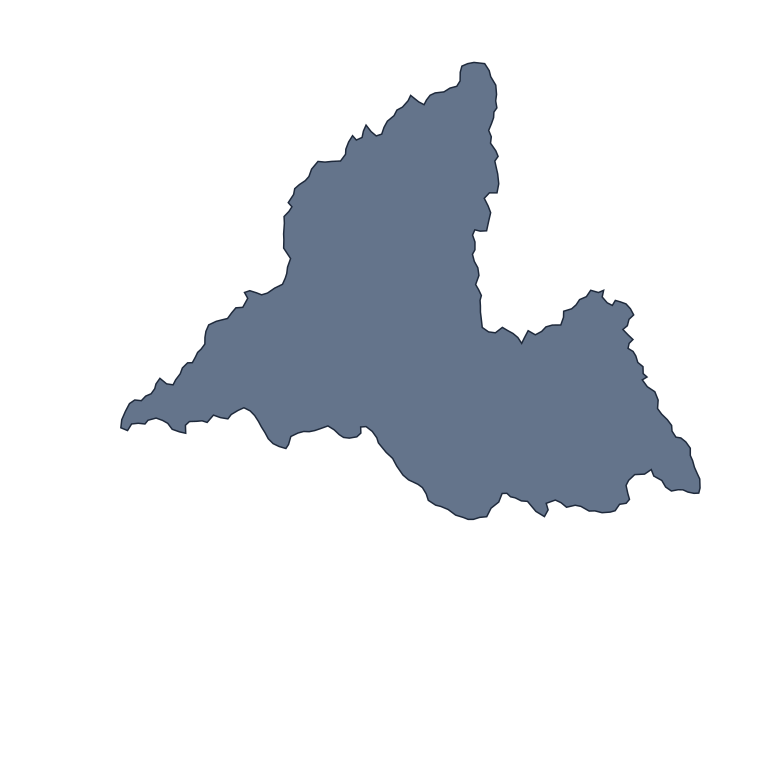 Quitandinha, Paraná, Brazil (Mercator projection), rotated 332°
{"feature_id": "56859067B47422460972833", "entity_name": "Quitandinha", "entity_type": "district", "adm_level": 2, "iso_a3": "BRA", "parent_name": "Brazil", "parent_adm1": "Paraná", "projection": "mercator", "projection_center": [-49.482, -25.922], "detail": "fine", "context": "isolated", "style": "filled", "palette": "slate", "viewbox_px": 768, "rotation_deg": 332, "n_neighbors": 0, "source": "geoboundaries", "source_scale": "gbopen_adm2", "svg_char_len": 3867}
<svg xmlns="http://www.w3.org/2000/svg" viewBox="0 0 768 768"><g transform="rotate(332 384 384)"><path d="M636.9,433.3L635.3,426.9L631.3,422.5L627.5,418.8L622.5,421.8L619.2,417.1L617.5,409.6L621.9,404.4L616.3,403.9L610.5,398.3L603.7,401.9L596.3,401.3L590.8,404.3L585.0,405.7L576.8,404.1L573.8,409.4L567.8,414.9L560.3,411.0L553.8,409.6L547.9,411.6L540.7,411.6L536.3,404.6L529.7,409.1L524.6,412.8L524.0,405.8L521.6,399.9L518.3,394.9L515.1,389.6L506.4,391.1L500.8,387.1L497.3,380.2L501.1,370.5L502.9,365.8L505.8,360.3L508.1,355.2L511.5,351.6L511.8,345.2L511.6,339.2L518.8,332.7L521.4,325.5L521.3,318.1L523.0,311.0L527.3,308.2L531.0,301.3L532.1,294.1L536.6,290.5L540.7,294.2L546.5,296.9L553.1,289.1L558.6,282.8L559.5,275.8L559.7,267.1L566.8,264.7L573.5,268.3L579.3,261.1L583.0,251.9L584.5,246.4L586.5,239.2L591.6,236.6L592.2,230.6L591.1,221.4L594.8,216.1L595.5,209.2L601.2,204.5L605.8,200.3L608.7,195.5L613.3,193.2L615.5,186.5L619.3,181.2L623.0,172.6L622.5,162.8L624.0,156.7L623.3,148.4L614.4,142.3L608.2,140.4L602.0,139.9L597.7,144.5L593.5,152.1L588.0,155.3L581.2,153.7L574.0,154.2L565.8,151.0L560.3,150.7L554.8,153.2L550.5,156.2L547.1,151.2L543.0,141.7L538.3,145.2L530.3,148.2L524.0,148.2L518.8,151.8L510.4,153.5L504.5,157.4L499.3,162.3L493.6,161.3L491.1,155.1L489.7,147.0L484.6,151.0L480.4,156.0L474.1,155.6L472.8,150.0L466.4,153.7L460.6,158.7L457.9,163.1L450.3,166.7L442.3,162.9L436.1,160.4L430.2,156.5L420.9,160.3L415.1,165.6L409.9,167.5L402.9,168.2L396.9,169.6L393.2,174.2L384.6,178.9L385.9,184.3L381.1,187.0L374.4,189.2L371.5,195.3L368.7,199.8L365.8,204.4L363.4,209.5L359.2,216.9L360.4,229.4L353.7,235.5L350.0,240.8L346.5,244.2L341.2,248.3L332.5,248.0L323.8,249.0L317.8,247.8L314.3,243.7L309.3,238.6L303.8,237.7L303.9,244.4L295.3,250.0L289.0,247.2L282.8,249.7L276.6,252.7L271.1,251.3L265.3,249.9L257.0,249.5L251.5,253.9L247.8,258.8L244.6,264.6L238.8,267.4L234.3,268.6L230.1,271.7L224.8,275.2L220.5,273.1L213.5,275.2L208.9,279.3L202.0,282.5L197.4,285.7L192.1,281.8L188.8,273.8L182.7,276.9L179.4,280.5L173.8,283.3L167.9,282.8L161.9,284.8L156.4,281.1L150.1,281.8L142.9,286.7L135.7,292.4L131.1,299.1L135.7,304.7L142.4,300.8L148.6,303.3L154.2,307.1L158.6,305.2L166.8,307.1L171.4,312.2L174.6,317.2L175.7,324.5L180.9,330.2L185.8,334.4L189.3,327.2L194.6,325.8L200.9,328.9L206.1,331.1L209.8,334.9L218.8,331.4L223.8,336.9L229.8,341.5L234.8,339.2L242.8,338.8L249.2,339.2L253.2,344.9L255.0,351.1L255.6,358.2L255.6,364.1L256.1,371.1L256.1,378.0L258.1,384.6L262.0,389.9L267.1,394.9L271.3,392.6L277.1,386.6L285.0,386.9L290.8,388.2L295.6,391.0L301.0,392.6L306.5,393.5L314.8,394.7L318.5,401.1L320.7,407.7L323.2,412.2L328.0,415.5L335.2,417.9L340.5,416.5L343.2,411.0L348.2,413.2L351.4,420.4L352.4,428.2L351.4,433.3L353.8,445.4L356.7,453.8L356.7,462.4L358.0,473.3L360.7,480.2L366.9,488.5L369.3,493.5L369.7,500.8L368.5,507.5L372.7,515.2L376.7,518.8L381.7,524.9L385.7,533.4L391.4,539.1L394.7,543.0L399.4,545.5L405.9,546.7L412.4,549.4L420.2,543.9L429.9,542.1L436.9,536.1L441.2,538.2L442.8,543.0L446.4,546.1L450.4,551.7L455.6,555.0L458.3,567.8L463.4,576.4L469.8,572.2L471.2,565.5L480.8,566.9L484.6,571.9L487.3,578.5L495.9,580.8L500.4,584.5L505.5,592.5L510.6,595.0L516.1,600.0L523.6,603.3L528.6,604.4L535.5,600.8L541.8,603.0L546.6,601.1L547.9,595.0L550.1,587.2L554.8,583.9L562.8,581.7L571.8,585.9L579.8,585.0L579.0,592.0L584.0,599.6L584.3,607.2L587.5,613.4L594.0,615.4L598.3,617.8L601.5,622.0L606.4,626.1L610.7,628.1L614.2,624.2L618.2,616.1L618.5,610.3L619.0,603.3L620.5,596.6L620.9,590.9L624.3,584.5L623.3,576.9L620.8,571.0L616.8,568.0L616.2,560.8L618.5,555.6L617.4,548.5L615.0,541.0L614.0,534.1L618.5,526.9L619.5,518.0L615.2,510.0L614.0,501.6L619.5,501.3L617.7,496.5L620.8,490.3L618.2,484.1L619.5,477.5L619.2,472.2L616.2,467.1L619.5,463.2L624.7,461.6L622.7,455.7L620.5,448.0L626.2,446.8L630.7,441.9L636.9,440.2L636.9,433.3Z" fill="#64748b" stroke="#1e293b" stroke-width="1.5"/></g></svg>